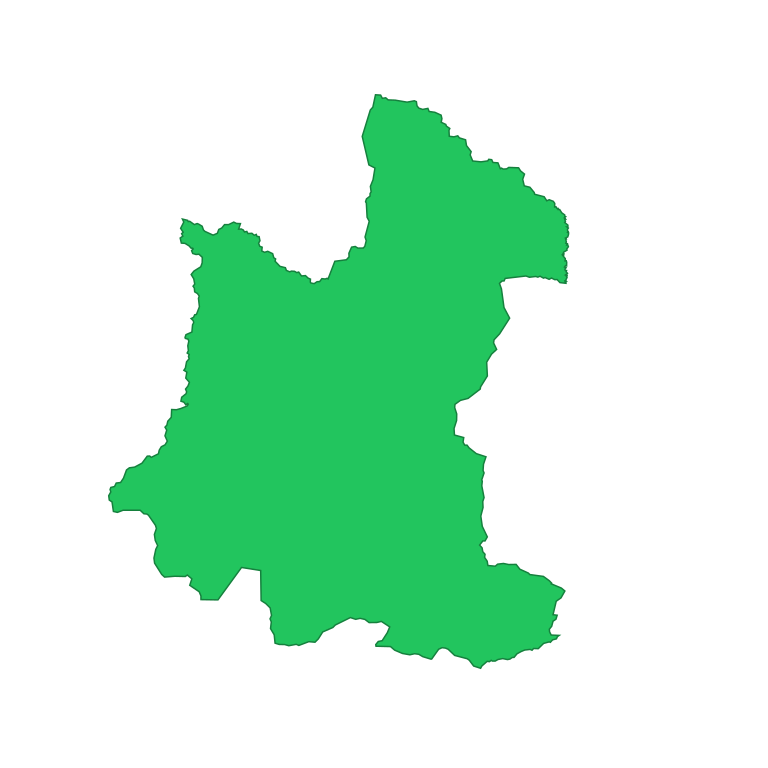 Sunyani West, Brong Ahafo, Ghana (orthographic projection), rotated 287°
{"feature_id": "2480657B93462158202754", "entity_name": "Sunyani West", "entity_type": "district", "adm_level": 2, "iso_a3": "GHA", "parent_name": "Ghana", "parent_adm1": "Brong Ahafo", "projection": "orthographic", "projection_center": [-2.305, 7.424], "detail": "fine", "context": "isolated", "style": "filled", "palette": "green", "viewbox_px": 768, "rotation_deg": 287, "n_neighbors": 0, "source": "geoboundaries", "source_scale": "gbopen_adm2", "svg_char_len": 6171}
<svg xmlns="http://www.w3.org/2000/svg" viewBox="0 0 768 768"><g transform="rotate(287 384 384)"><path d="M482.8,143.0L480.3,145.2L473.4,144.0L470.4,147.6L468.6,146.5L466.6,148.4L464.0,146.4L459.5,149.0L460.3,152.6L459.1,157.2L457.5,159.8L457.9,161.4L457.4,162.0L455.3,161.0L452.9,162.9L452.9,166.4L454.0,169.1L452.0,173.2L446.7,174.7L442.5,174.5L436.4,169.2L432.3,167.6L429.0,171.3L424.2,173.8L421.7,172.8L420.4,174.5L416.8,176.0L416.0,179.1L414.1,181.6L411.7,181.5L403.9,184.9L395.7,184.3L394.8,182.7L392.1,182.4L390.2,180.4L388.8,183.1L386.9,184.1L384.7,183.6L377.5,185.1L373.3,180.2L370.4,180.1L369.5,180.7L369.6,183.5L367.9,184.8L363.2,185.2L358.6,187.2L356.1,186.7L355.3,189.1L353.0,189.0L351.3,190.3L347.5,188.7L341.2,189.4L338.6,188.6L337.7,192.0L331.7,192.7L328.7,197.4L324.7,197.1L321.1,195.7L318.9,197.5L316.9,197.6L312.2,194.4L308.2,194.8L308.1,198.0L306.2,200.5L308.0,202.0L307.4,202.7L305.4,202.2L301.1,196.8L298.7,193.0L297.5,188.4L289.9,190.3L285.2,188.1L281.2,188.4L278.7,187.2L276.4,189.7L270.4,189.7L266.0,193.5L261.8,192.4L258.9,189.4L255.0,188.4L251.3,188.7L245.8,182.9L246.6,181.0L245.8,178.7L237.5,175.7L231.6,169.8L229.4,165.0L226.5,162.9L217.8,162.4L212.8,160.9L211.0,156.9L207.2,156.3L205.2,153.0L203.0,152.9L200.9,154.3L196.7,153.4L192.7,155.2L191.7,158.4L183.0,162.5L183.3,166.6L187.0,171.4L192.0,187.7L189.7,192.3L190.3,195.2L189.7,197.1L182.1,206.7L179.3,208.6L173.0,208.4L167.5,211.0L163.3,214.8L159.2,214.1L150.3,214.9L145.6,217.0L136.9,227.1L135.2,230.6L139.0,240.2L141.8,250.2L143.8,251.8L141.5,257.2L134.7,257.1L131.3,268.0L127.8,270.9L124.3,272.0L129.0,288.3L166.9,301.4L169.6,320.6L141.0,329.8L139.5,335.1L136.6,340.6L129.8,344.1L126.1,343.7L123.5,345.8L116.9,347.0L112.1,352.3L104.3,355.6L104.3,359.9L105.8,365.2L105.9,369.5L109.4,376.2L109.1,379.0L115.6,387.4L116.9,393.5L121.0,395.7L129.0,397.9L136.2,406.3L139.3,407.9L150.8,420.1L150.7,425.7L152.9,429.6L153.3,434.6L151.5,439.5L153.8,446.8L156.2,450.9L153.4,460.5L147.2,459.9L138.0,457.3L136.1,453.8L132.4,452.3L130.9,453.0L134.8,467.0L132.6,472.0L131.7,480.5L132.6,487.9L135.0,492.1L135.7,496.3L134.6,500.8L134.6,509.2L134.9,510.0L146.3,513.8L148.8,516.6L149.4,519.9L149.1,522.9L145.1,530.9L145.6,543.9L144.8,546.3L140.5,552.2L140.4,559.5L142.9,560.0L148.9,563.7L149.3,566.0L151.1,567.3L150.7,568.6L151.6,571.4L153.9,573.6L156.1,577.8L156.6,582.7L157.8,584.9L159.9,586.5L160.6,588.3L164.9,590.1L168.1,593.2L170.7,596.3L172.9,601.3L172.7,603.4L174.8,604.4L176.0,608.9L182.6,612.5L185.7,617.4L185.6,618.6L188.6,620.0L190.7,623.4L193.1,623.7L194.8,625.0L192.8,617.3L195.4,614.8L197.9,613.8L201.3,615.2L206.6,615.0L209.3,617.2L213.5,617.2L212.8,613.1L226.6,612.2L231.2,615.8L238.9,617.5L240.7,613.3L241.8,602.3L242.6,602.5L244.2,599.6L246.6,592.7L244.4,579.1L245.4,577.4L246.6,568.1L250.1,563.1L247.8,556.0L247.3,550.7L244.9,545.3L242.3,543.7L240.8,536.4L244.7,534.5L247.6,530.9L250.7,530.4L252.5,527.5L256.0,525.7L257.9,522.5L262.8,524.4L263.5,526.5L268.0,527.5L276.6,519.6L286.0,515.2L294.9,514.8L300.5,512.8L304.6,512.9L315.2,507.3L319.8,506.4L320.9,505.5L328.2,505.7L330.3,504.0L336.4,502.6L344.2,502.8L344.4,492.6L347.8,484.0L349.8,481.3L349.1,479.1L351.5,476.6L356.1,475.9L355.8,466.3L361.9,464.0L370.3,464.1L376.6,462.3L382.1,458.5L385.3,457.8L390.7,461.9L394.8,468.6L407.3,477.5L409.5,477.2L421.9,480.5L434.9,475.8L444.0,478.1L450.0,481.6L455.3,476.8L458.4,476.3L465.8,479.9L483.7,484.9L492.2,476.4L509.3,468.5L514.0,465.0L517.0,466.8L517.7,468.7L520.4,469.0L528.8,488.2L528.6,491.8L531.2,497.7L531.2,499.9L532.7,501.7L531.9,505.6L532.9,506.9L532.4,511.3L534.3,513.2L533.7,516.8L534.5,519.0L532.4,522.6L533.5,528.6L535.0,528.1L534.3,527.6L535.4,526.8L535.7,528.1L536.1,527.4L539.4,527.9L540.6,526.6L541.1,527.5L541.9,527.0L541.6,525.8L543.5,527.1L544.6,525.3L545.9,525.4L545.7,524.1L546.7,523.4L548.4,524.1L548.6,522.4L550.3,523.0L550.3,524.1L553.9,523.1L555.2,522.2L554.7,521.2L556.9,520.7L559.3,517.2L559.5,518.2L561.0,518.0L560.6,517.0L562.8,517.4L565.5,519.9L566.6,519.3L569.2,520.2L571.2,518.7L570.7,518.2L571.8,518.3L571.8,516.7L573.3,516.8L576.2,515.0L576.2,515.8L577.0,515.3L578.4,516.7L580.9,516.7L582.4,516.4L582.6,515.3L583.8,516.2L583.3,515.2L585.6,514.2L587.0,514.7L587.7,512.9L588.1,513.9L589.7,513.4L591.3,509.6L592.4,510.0L594.9,508.3L594.9,509.3L596.1,508.0L597.1,508.8L597.3,507.8L598.5,507.4L599.7,503.9L602.2,501.0L601.8,499.4L602.8,499.2L602.5,498.0L603.8,496.6L603.2,495.4L606.6,494.5L608.2,492.5L608.5,488.1L606.8,486.1L609.9,482.4L609.5,472.6L611.1,471.6L614.8,466.0L614.5,460.2L620.3,456.8L625.8,457.0L627.7,452.3L630.1,449.5L627.6,440.0L625.6,438.4L624.4,435.2L624.8,433.2L623.9,432.3L628.8,428.3L627.7,423.4L630.0,421.4L629.5,418.5L627.7,418.0L624.8,411.8L623.2,403.6L628.3,399.4L631.7,399.4L636.1,393.2L641.4,390.6L641.4,384.1L642.9,382.0L640.8,378.6L640.0,374.0L645.5,372.0L647.6,372.2L648.8,368.3L650.3,367.2L651.0,362.2L654.7,361.8L657.8,360.0L658.7,353.2L657.8,347.5L660.4,345.4L657.9,340.7L658.0,336.6L659.7,334.2L663.5,332.4L663.7,330.2L660.3,323.7L658.7,311.7L656.9,304.9L658.2,302.0L656.7,298.9L659.3,296.3L658.1,291.3L645.5,292.4L642.0,290.8L614.4,290.8L589.1,305.5L587.9,312.2L576.1,313.8L569.0,313.2L564.0,315.5L562.1,315.0L559.6,315.7L555.9,313.1L552.9,313.1L551.9,314.2L538.5,319.1L535.3,322.3L519.0,322.9L515.9,325.1L510.1,325.4L508.0,324.5L506.3,319.3L507.1,316.3L505.4,313.0L498.8,312.2L495.4,313.4L491.8,311.7L487.0,301.1L468.1,299.8L468.4,298.6L467.2,297.1L466.6,293.8L463.1,292.5L462.3,290.1L459.6,287.9L459.2,284.7L459.9,283.7L462.8,283.0L463.1,280.4L464.7,277.2L463.2,273.5L466.1,269.7L465.0,267.9L465.6,265.5L464.9,262.5L463.7,261.0L464.1,257.4L466.4,255.7L466.1,250.1L469.6,243.9L471.9,243.8L472.5,241.7L476.1,239.4L476.9,234.0L475.0,231.3L475.5,228.2L479.2,227.5L479.4,224.9L482.0,222.9L484.7,223.5L488.4,221.5L488.0,219.4L489.7,218.1L488.3,216.4L489.5,213.6L488.1,209.9L489.8,208.2L488.6,206.1L490.1,204.5L490.5,202.3L489.6,199.7L495.4,199.8L494.4,196.0L494.9,193.0L491.0,188.8L489.8,184.9L485.7,183.2L483.5,180.8L479.4,180.6L476.4,177.0L477.6,168.1L478.5,166.3L481.7,164.0L482.7,160.0L482.8,158.4L481.0,156.0L482.8,150.6L482.1,149.3L483.1,148.4L482.8,143.0Z" fill="#22c55e" stroke="#15803d" stroke-width="1.5"/></g></svg>